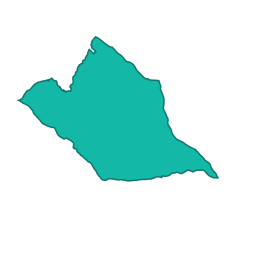 outline of Málaga, Santander, Colombia, rotated 131°
{"feature_id": "7082276B1273171600443", "entity_name": "Málaga", "entity_type": "district", "adm_level": 2, "iso_a3": "COL", "parent_name": "Colombia", "parent_adm1": "Santander", "projection": "natural_earth1", "projection_center": [-72.732, 6.729], "detail": "fine", "context": "isolated", "style": "filled", "palette": "teal", "viewbox_px": 256, "rotation_deg": 131, "n_neighbors": 0, "source": "geoboundaries", "source_scale": "gbopen_adm2", "svg_char_len": 5831}
<svg xmlns="http://www.w3.org/2000/svg" viewBox="0 0 256 256"><g transform="rotate(131 128 128)"><path d="M106.6,27.3L106.4,27.4L106.4,27.6L106.0,29.0L105.8,29.6L105.0,31.1L104.6,32.4L104.5,33.7L104.5,34.4L104.3,36.0L104.0,37.0L103.8,37.4L103.6,38.0L103.4,39.1L103.1,39.7L102.4,40.8L101.7,42.0L101.5,42.6L101.4,43.7L101.3,45.4L101.5,46.5L101.8,49.0L101.8,49.5L101.7,49.8L101.4,50.3L101.2,50.9L100.9,56.9L100.4,59.0L100.4,61.3L100.3,61.7L100.1,61.9L100.0,62.3L100.1,62.7L100.3,63.8L101.2,67.0L101.9,69.9L102.1,71.2L102.3,72.7L102.5,73.4L102.8,77.4L103.3,78.9L103.8,80.9L104.2,82.2L104.4,83.5L104.5,84.2L104.5,85.0L104.2,86.7L104.0,87.9L103.7,89.2L103.6,90.1L103.4,90.6L102.7,91.8L102.3,92.6L101.7,93.3L101.0,94.4L100.7,95.0L99.8,98.0L99.4,99.1L99.1,100.1L97.5,101.9L97.0,102.4L96.1,102.6L95.0,103.7L94.4,104.9L94.0,106.3L93.2,107.5L92.8,108.3L91.6,110.9L90.8,113.0L90.1,114.0L89.8,114.4L88.7,115.2L87.6,115.8L85.8,117.0L84.0,118.6L82.6,119.9L81.3,121.5L81.0,122.1L80.4,123.4L79.5,124.9L78.5,127.1L77.9,128.2L77.5,128.9L77.0,129.4L75.7,130.2L75.2,130.4L75.0,130.6L73.1,134.2L72.1,135.6L72.1,135.9L73.8,138.3L77.1,142.5L77.8,144.0L77.9,144.4L77.8,145.1L78.1,145.6L78.6,146.1L79.0,146.6L79.2,147.0L79.5,147.8L79.5,149.0L78.8,158.7L78.5,160.1L78.3,160.5L77.8,161.4L77.3,163.0L77.0,164.2L76.8,165.0L76.7,166.1L76.9,168.3L77.4,170.1L77.9,171.2L78.7,172.4L78.7,173.8L78.6,175.1L78.1,177.8L77.8,179.3L77.8,181.6L78.2,183.4L78.2,186.3L78.2,187.1L77.7,189.4L77.4,192.7L77.4,192.9L78.1,194.0L78.6,195.0L78.9,196.4L79.3,200.8L79.5,206.8L80.0,210.9L80.6,212.3L82.4,212.3L84.5,212.2L86.5,212.0L88.5,210.8L89.6,210.4L89.8,210.2L90.1,208.9L90.5,208.6L91.2,208.1L91.3,207.2L91.2,204.4L91.4,202.4L92.8,202.9L93.3,202.7L94.0,202.4L94.3,202.4L94.4,202.5L94.5,202.7L94.4,205.3L94.1,206.7L94.1,207.2L94.3,207.9L94.1,208.7L95.0,208.7L96.4,208.1L97.7,207.6L98.6,206.9L100.1,206.6L100.4,206.7L100.7,206.7L100.9,206.5L101.6,206.5L102.0,206.1L102.3,206.0L102.9,206.2L103.7,205.6L104.7,205.3L105.2,205.3L106.0,206.1L106.3,206.2L106.6,206.2L107.1,206.1L107.4,206.0L108.2,205.3L108.7,204.6L108.9,204.6L110.1,205.4L110.5,205.5L112.4,206.1L112.8,206.1L113.6,205.6L114.5,205.9L115.2,205.6L115.8,205.1L116.8,205.0L117.9,204.0L118.3,203.8L119.0,203.8L120.1,204.1L120.5,204.0L121.4,203.3L122.0,203.0L122.9,202.8L123.4,202.7L125.0,203.0L125.3,203.0L125.6,202.9L127.5,201.4L129.2,199.5L130.2,198.9L130.7,198.7L131.1,198.7L131.6,198.9L132.4,199.3L133.0,199.4L133.8,199.3L134.3,199.0L135.0,198.8L135.2,198.5L135.1,197.7L135.5,197.1L135.3,197.1L135.8,196.4L136.4,196.2L136.8,195.9L137.3,195.9L137.8,195.7L138.3,195.7L138.5,195.8L138.5,196.1L138.8,196.6L139.2,197.5L139.3,197.7L139.8,197.8L140.5,198.3L140.8,198.3L141.1,198.2L141.6,198.5L142.0,198.9L142.0,199.0L141.4,199.8L141.3,200.1L141.6,200.9L142.1,201.0L141.7,201.4L141.6,201.6L141.8,201.9L142.0,202.0L142.2,201.7L142.3,201.7L142.5,201.8L142.4,202.3L142.6,202.6L142.5,202.8L142.7,203.3L142.1,204.7L142.1,205.2L142.3,205.8L141.8,205.8L141.7,206.6L141.7,207.3L142.1,208.5L142.1,209.1L141.8,209.6L139.9,212.0L139.7,212.4L139.6,213.0L139.8,213.5L140.6,214.1L140.7,214.7L140.7,215.7L140.5,217.6L140.5,218.2L140.6,218.4L141.3,218.4L142.6,218.8L143.2,219.2L143.8,219.3L144.2,219.1L145.0,219.1L145.0,219.4L144.9,219.8L144.5,219.8L144.2,220.0L145.9,221.0L146.9,221.7L148.2,222.9L148.8,223.2L149.8,224.0L151.6,225.1L152.5,225.8L154.7,226.7L155.7,226.8L157.7,227.3L158.1,227.1L159.7,227.2L163.5,227.1L164.1,227.4L165.3,228.2L166.2,228.5L167.3,228.6L168.4,228.3L170.6,228.2L174.1,227.4L174.9,227.3L175.6,227.2L176.1,227.3L176.4,227.7L177.6,227.8L178.9,228.7L178.7,227.9L178.4,227.1L178.0,223.0L177.5,221.8L176.8,218.7L176.7,218.1L176.7,215.7L176.8,215.3L177.0,214.2L177.5,210.9L177.7,210.4L178.2,210.0L178.8,208.8L179.8,200.0L180.2,197.8L180.5,196.6L180.6,195.5L180.4,194.4L179.0,189.3L177.8,186.5L177.2,185.5L176.5,184.6L176.2,183.8L176.2,183.1L176.5,182.3L177.1,181.1L177.7,179.5L178.4,178.3L178.9,177.0L179.2,175.8L179.2,174.3L179.1,173.4L178.6,170.7L178.5,169.8L178.3,169.2L178.1,169.0L176.3,167.9L176.0,167.6L175.8,167.2L175.8,166.4L175.7,165.7L175.0,163.5L174.9,160.4L175.1,159.2L175.4,158.7L176.0,158.2L176.8,157.8L177.2,157.4L178.5,156.7L178.8,155.7L178.8,155.3L178.7,154.9L178.0,153.8L178.0,152.7L178.1,152.2L178.9,151.4L179.3,150.5L179.3,150.0L179.3,149.4L179.1,148.5L179.1,148.2L179.2,147.9L179.1,147.7L179.0,147.3L179.4,146.9L179.6,146.4L179.5,145.3L179.4,144.3L179.3,143.9L179.3,142.0L179.5,141.0L179.3,137.5L179.5,136.8L179.6,135.7L179.0,134.3L178.9,133.7L178.9,133.2L179.1,132.1L179.4,131.0L180.9,126.8L181.0,126.4L181.0,125.6L181.3,124.8L181.5,124.0L181.8,122.9L182.3,122.1L182.9,120.6L183.1,118.6L183.2,118.3L183.4,118.0L183.3,117.1L183.6,116.0L183.9,114.8L183.9,114.1L183.7,113.1L183.1,111.7L182.7,111.1L182.2,110.6L181.4,110.2L179.1,109.4L178.8,109.1L177.9,108.1L175.9,105.2L174.8,103.2L174.5,102.8L173.8,101.7L172.7,100.2L171.7,99.5L171.0,98.8L170.5,97.9L170.3,97.2L168.2,93.8L167.1,92.4L166.1,91.4L165.6,91.1L164.9,90.4L162.3,87.7L162.1,87.4L161.6,86.9L160.7,86.5L160.3,86.3L159.6,85.6L159.5,85.3L159.2,85.0L157.6,83.7L156.6,82.4L154.1,79.9L153.2,79.2L152.0,77.7L151.3,77.2L148.9,75.7L148.2,75.3L146.5,74.8L145.6,74.0L144.0,71.7L143.3,70.1L142.4,70.3L142.0,70.6L141.7,70.6L140.3,68.6L139.7,67.9L138.2,66.7L137.3,66.1L136.3,65.6L135.2,65.6L133.4,65.1L133.0,64.8L130.8,62.9L129.5,62.1L129.4,61.9L128.9,61.5L128.6,61.0L128.0,58.8L127.7,58.3L127.5,58.0L126.8,57.3L126.1,57.2L125.6,57.0L124.7,56.5L121.3,55.6L120.7,55.3L120.1,54.7L119.9,54.5L119.5,53.2L119.0,51.8L118.7,50.7L118.2,49.9L116.8,49.6L116.3,49.3L116.0,49.0L114.8,48.4L114.2,47.9L113.9,47.5L113.0,46.3L112.4,45.8L111.6,45.1L111.0,44.3L110.6,43.7L110.4,43.2L110.2,42.2L110.2,41.1L110.3,39.9L110.8,37.6L110.7,34.8L110.5,34.1L109.9,32.1L109.5,31.0L108.7,29.9L107.5,28.4L106.8,27.5L106.6,27.3Z" fill="#14b8a6" stroke="#0f766e" stroke-width="1.5"/></g></svg>